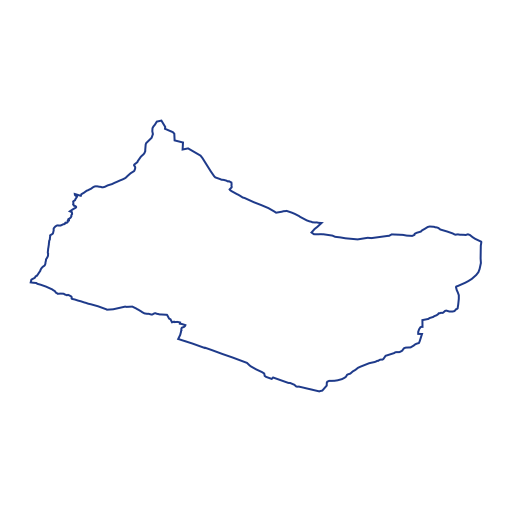 the district of Poienarii De Arges, Arges, Romania
{"feature_id": "2599482B93022961694156", "entity_name": "Poienarii De Arges", "entity_type": "district", "adm_level": 2, "iso_a3": "ROU", "parent_name": "Romania", "parent_adm1": "Arges", "projection": "robinson", "projection_center": [24.518, 45.066], "detail": "fine", "context": "isolated", "style": "outline", "palette": "blue", "viewbox_px": 512, "rotation_deg": 0, "n_neighbors": 0, "source": "geoboundaries", "source_scale": "gbopen_adm2", "svg_char_len": 5909}
<svg xmlns="http://www.w3.org/2000/svg" viewBox="0 0 512 512"><path d="M400.4,351.7L402.3,350.6L402.9,349.6L404.2,348.1L405.9,347.6L410.6,347.4L413.8,345.5L414.7,344.7L415.7,344.1L416.9,343.6L418.3,343.2L418.9,343.0L419.6,341.5L422.0,334.0L418.2,333.9L418.2,331.9L419.1,329.3L420.4,327.3L421.2,326.9L422.5,326.9L422.4,320.1L428.5,318.9L429.4,318.1L433.3,316.9L434.2,316.2L436.5,315.3L438.1,314.2L438.5,313.5L438.9,313.2L439.7,313.3L440.9,312.8L442.6,312.9L443.2,312.6L445.1,310.9L446.3,310.6L449.3,311.5L450.2,311.5L452.7,311.5L454.4,311.1L455.1,310.4L456.1,309.2L456.7,309.1L457.6,308.4L458.2,304.6L458.8,298.9L458.8,295.2L457.8,292.4L456.7,290.0L456.0,287.2L456.2,286.6L456.8,286.3L457.6,286.1L465.1,282.8L468.3,281.1L471.8,278.9L476.2,275.0L478.4,272.2L479.6,269.0L480.9,263.0L480.6,258.5L480.8,245.6L481.3,242.5L481.2,241.7L475.1,238.8L472.5,237.1L469.9,235.0L467.9,234.3L465.7,235.0L463.7,234.8L459.7,234.7L458.1,234.4L457.3,234.4L455.5,234.7L454.5,234.4L452.6,233.4L447.1,231.5L440.3,229.5L438.4,228.0L436.7,227.4L435.3,227.3L434.0,226.8L429.7,226.5L427.7,227.0L425.0,228.7L422.0,230.4L420.8,231.6L416.7,232.8L414.7,233.8L414.4,234.9L412.2,235.9L406.7,235.6L403.0,234.9L401.1,234.8L391.7,234.4L388.9,235.9L387.7,235.9L371.5,238.1L367.7,237.8L357.6,239.4L345.5,238.3L340.3,237.4L335.1,236.8L332.4,235.6L323.6,234.3L320.8,234.2L316.1,234.3L313.9,234.2L311.5,232.5L314.6,229.0L317.3,226.9L321.5,223.0L318.4,222.8L316.8,222.4L315.3,222.5L312.5,222.3L311.1,221.7L309.6,221.4L306.8,220.4L300.0,216.8L299.1,216.1L294.8,213.9L291.7,212.6L286.6,210.9L285.4,211.1L283.5,211.2L281.9,211.7L276.1,212.7L274.3,211.5L268.4,208.1L261.3,205.1L253.8,202.2L244.6,198.0L242.7,197.5L240.1,195.8L238.2,194.7L236.9,194.1L231.3,191.0L230.0,190.0L229.6,189.4L231.6,187.4L231.7,186.7L231.5,185.9L231.5,185.0L231.6,184.2L231.4,182.5L228.9,181.2L228.1,181.5L227.6,181.3L226.3,180.6L223.7,179.9L221.4,179.7L220.4,179.2L215.3,177.4L214.2,176.3L210.8,171.4L202.4,158.0L200.5,155.6L188.1,148.4L182.6,149.5L183.0,142.5L174.6,140.4L174.3,133.7L172.9,132.2L165.0,128.8L165.2,126.9L161.4,120.6L156.8,121.6L154.9,124.7L153.4,126.5L152.5,128.2L152.3,131.2L152.9,134.1L151.6,137.8L146.2,143.1L145.7,144.4L145.2,150.3L145.3,150.8L145.2,151.3L144.3,153.3L143.4,154.4L141.6,156.0L140.8,156.8L138.0,160.8L137.6,161.5L137.5,161.9L137.4,162.1L136.3,163.0L134.7,164.2L134.2,164.7L134.1,165.5L134.7,166.2L135.0,166.7L135.2,167.2L135.2,167.9L135.1,168.7L134.5,170.3L134.3,170.8L133.9,171.2L131.0,173.0L130.3,173.5L127.4,176.1L126.2,177.3L125.4,178.0L123.7,178.9L122.4,179.5L120.1,180.4L117.0,181.8L114.4,182.9L112.0,184.1L109.6,184.8L107.4,185.5L106.4,186.1L105.6,186.4L104.9,186.8L103.4,187.2L102.4,187.3L102.0,187.3L100.9,186.9L99.0,186.7L97.1,186.3L95.4,186.3L94.3,186.6L92.8,187.4L91.1,188.7L89.0,189.7L87.7,190.4L86.7,190.7L84.0,192.7L81.4,194.2L80.8,195.8L74.8,194.0L74.9,194.9L75.5,195.6L77.0,196.5L76.8,197.1L76.3,197.8L76.0,198.3L75.6,198.8L75.1,200.0L74.9,200.3L73.6,201.1L73.2,201.5L73.4,203.4L73.1,204.4L73.2,204.6L73.6,204.9L73.9,205.6L74.2,205.8L74.9,205.9L75.9,206.5L76.1,206.8L76.1,207.3L75.6,207.8L73.2,209.1L69.9,211.3L71.9,212.2L71.9,212.6L72.1,213.8L72.1,214.0L71.7,214.6L71.3,215.3L71.4,215.9L71.4,216.2L70.8,217.4L70.1,218.1L69.5,218.5L68.4,219.1L68.3,219.4L68.3,219.7L69.0,220.2L69.0,220.5L68.8,220.6L68.3,220.4L67.8,220.5L67.7,220.7L67.8,221.4L67.8,221.7L67.5,222.3L67.1,222.6L66.6,222.8L65.9,222.6L65.4,222.7L65.2,223.0L65.2,223.5L64.3,224.1L64.1,224.2L63.4,224.2L61.8,225.0L61.3,225.1L60.8,225.5L59.7,225.5L58.8,225.6L58.2,225.4L57.5,225.4L57.0,225.5L56.1,226.0L55.3,226.5L54.0,228.0L53.7,228.5L53.6,229.1L53.7,230.2L53.0,233.2L52.8,233.6L52.2,234.1L50.3,235.2L50.1,235.5L50.2,236.1L49.9,238.1L49.9,239.2L49.7,239.7L49.3,240.6L49.1,241.5L49.1,242.4L48.9,243.2L48.9,244.1L48.8,244.8L48.4,247.5L48.2,248.5L47.8,252.5L47.8,252.9L48.1,253.4L48.0,255.6L47.7,256.6L47.4,257.1L47.0,257.9L46.2,259.1L46.0,259.5L45.9,260.8L45.5,262.3L45.4,263.6L45.1,264.5L44.9,265.0L44.4,265.7L42.9,266.7L42.1,267.5L41.2,268.6L40.4,270.2L40.3,270.8L38.5,273.4L37.7,274.7L37.2,275.2L36.9,275.8L36.2,276.0L35.5,276.5L35.1,277.4L34.7,277.8L34.1,278.2L32.3,279.1L31.6,279.5L31.3,279.8L30.7,282.4L32.8,282.7L36.1,283.0L36.5,283.1L37.0,283.6L37.6,283.9L40.6,284.7L46.0,286.6L52.2,289.4L53.1,290.1L54.8,291.1L55.9,292.6L56.3,292.9L57.0,293.2L57.7,293.8L60.6,293.6L63.2,293.7L63.8,293.8L64.8,294.5L65.6,294.7L66.7,295.2L67.1,295.2L67.9,294.9L68.1,294.9L69.1,295.3L71.0,296.3L71.4,296.7L71.7,297.2L71.6,298.5L72.0,298.9L74.8,299.5L78.1,300.6L80.9,301.3L84.4,302.5L85.7,302.8L88.2,303.7L91.0,304.3L98.1,306.3L106.3,309.3L107.0,309.7L113.1,309.3L123.9,306.9L125.2,306.6L126.3,306.9L132.3,306.6L136.2,308.5L137.6,309.4L138.0,309.5L141.6,311.7L141.9,312.0L143.7,313.0L144.5,313.4L147.0,313.8L148.7,313.8L150.8,314.4L151.9,314.6L152.5,314.4L154.3,313.4L155.3,313.2L157.2,313.9L158.2,314.0L159.4,314.4L161.8,314.5L166.9,314.8L167.2,315.1L169.1,318.6L170.5,319.3L172.0,322.3L174.0,321.7L174.3,322.1L177.5,321.9L180.1,322.5L179.9,323.7L181.8,324.0L185.4,325.1L185.3,325.5L185.1,325.9L184.3,326.7L183.6,327.1L182.9,327.3L181.9,327.7L181.6,328.1L181.4,328.7L181.3,329.0L181.3,329.4L181.5,330.3L181.1,330.9L181.0,331.8L180.2,334.9L178.2,339.0L192.3,343.5L204.8,348.0L205.0,347.7L211.6,350.0L222.7,354.1L232.3,357.4L247.0,362.9L249.7,365.5L250.9,366.4L256.2,369.4L262.0,372.1L264.2,373.5L264.7,375.9L266.1,376.9L271.7,378.9L273.1,377.5L288.3,382.9L290.2,383.0L294.4,384.8L296.1,386.4L297.1,386.7L298.9,386.6L319.3,391.4L320.0,391.1L322.3,390.6L326.7,385.6L326.8,382.7L327.3,381.7L329.1,380.9L334.3,380.8L337.6,380.3L342.0,379.1L344.5,377.8L345.9,376.8L347.1,374.8L348.1,374.3L350.3,373.6L352.8,371.4L355.4,369.9L358.0,367.8L360.4,366.7L369.2,363.2L374.7,362.0L375.8,361.6L377.3,360.8L378.1,360.9L379.6,359.9L380.7,359.6L382.4,359.6L383.3,359.1L385.6,355.8L394.1,353.1L395.1,352.4L396.3,352.1L399.3,352.1L400.4,351.7Z" fill="none" stroke="#1e3a8a" stroke-width="2"/></svg>